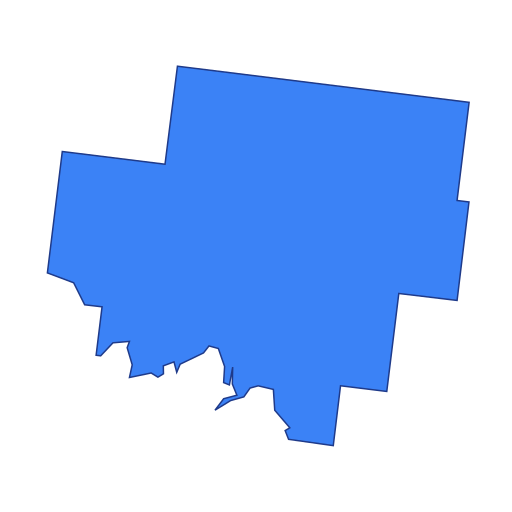 Ramsey, North Dakota, United States of America, rotated 7°
{"feature_id": "52423323B86703523671903", "entity_name": "Ramsey", "entity_type": "district", "adm_level": 2, "iso_a3": "USA", "parent_name": "United States of America", "parent_adm1": "North Dakota", "projection": "robinson", "projection_center": [-98.806, 48.23], "detail": "fine", "context": "isolated", "style": "filled", "palette": "blue", "viewbox_px": 512, "rotation_deg": 7, "n_neighbors": 0, "source": "geoboundaries", "source_scale": "gbopen_adm2", "svg_char_len": 762}
<svg xmlns="http://www.w3.org/2000/svg" viewBox="0 0 512 512"><g transform="rotate(7 256 256)"><path d="M51.0,175.9L51.0,298.2L78.3,304.8L91.9,325.3L109.4,325.2L109.4,374.0L114.0,374.0L124.6,359.6L140.8,356.2L139.3,362.7L146.4,379.1L145.2,392.0L166.2,384.9L173.4,388.2L178.5,384.2L177.4,376.3L187.5,371.1L191.5,381.1L193.9,372.6L215.7,358.6L220.3,351.0L229.9,352.4L238.3,369.5L239.3,385.6L245.3,387.2L246.4,369.1L248.1,385.9L254.0,396.5L241.3,401.6L234.1,414.0L248.4,402.6L261.1,397.3L266.2,387.8L274.0,384.6L289.5,386.3L293.4,406.8L310.5,422.4L306.2,425.7L310.7,434.0L355.8,434.8L355.7,374.5L402.3,374.5L402.3,275.8L461.0,275.6L460.8,176.4L448.8,176.4L448.8,77.5L154.9,77.2L154.5,176.0L51.0,175.9Z" fill="#3b82f6" stroke="#1e3a8a" stroke-width="1.5"/></g></svg>